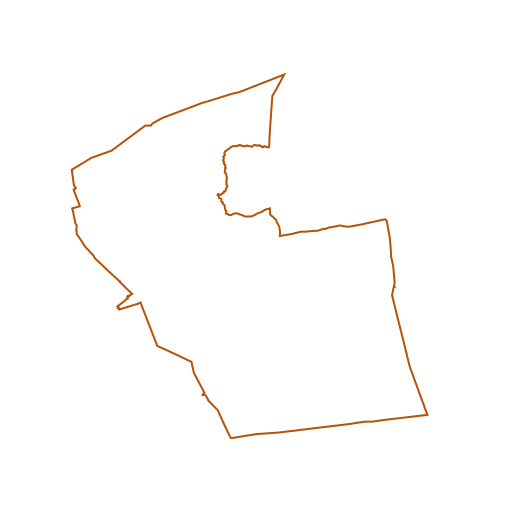 Åmot nor, Hedmark, Norway, rotated 100°
{"feature_id": "86288312B80993822941630", "entity_name": "Åmot nor", "entity_type": "district", "adm_level": 2, "iso_a3": "NOR", "parent_name": "Norway", "parent_adm1": "Hedmark", "projection": "orthographic", "projection_center": [11.34, 61.261], "detail": "fine", "context": "isolated", "style": "outline", "palette": "amber", "viewbox_px": 512, "rotation_deg": 100, "n_neighbors": 0, "source": "geoboundaries", "source_scale": "gbopen_adm2", "svg_char_len": 6039}
<svg xmlns="http://www.w3.org/2000/svg" viewBox="0 0 512 512"><g transform="rotate(100 256 256)"><path d="M203.0,452.4L216.5,448.1L216.8,447.9L217.2,447.9L217.9,447.4L218.2,447.4L218.4,447.1L219.1,446.6L219.6,446.2L219.9,445.8L220.0,445.5L220.3,445.2L220.9,445.3L221.5,446.2L221.9,447.0L222.0,447.1L223.2,446.7L225.2,445.4L228.6,443.5L232.7,440.9L234.2,440.0L235.3,439.3L237.6,438.2L241.1,445.3L244.7,443.6L246.3,443.1L248.2,442.3L250.0,441.4L250.8,441.4L251.3,441.2L252.0,440.6L252.7,440.3L254.5,440.0L254.9,439.8L256.7,438.1L257.9,437.7L260.6,437.6L262.0,437.5L263.1,436.8L265.4,436.4L270.2,431.7L273.8,428.4L276.7,425.5L277.8,424.3L279.5,421.6L280.0,421.3L280.8,420.3L281.9,418.9L283.0,417.0L283.8,416.2L286.3,414.2L290.7,407.4L295.2,400.6L296.8,398.2L298.0,396.3L300.5,392.4L303.5,387.7L304.3,386.5L304.5,385.9L304.8,386.1L305.0,386.1L305.9,384.7L306.7,383.3L309.0,380.1L314.5,372.0L314.8,371.4L315.3,371.9L315.9,372.8L316.3,373.0L316.9,373.5L317.1,373.5L318.0,374.4L317.4,375.2L318.3,375.8L318.9,375.7L320.1,374.9L320.4,375.0L320.4,375.5L320.8,375.9L321.9,377.0L322.1,377.1L322.5,377.1L323.3,377.8L329.7,383.7L330.7,382.2L331.5,382.9L332.5,381.4L324.2,365.4L324.0,364.4L323.6,364.2L321.9,361.5L325.2,359.7L332.0,355.6L361.7,337.6L363.6,330.0L365.7,322.1L367.3,316.2L368.0,313.7L370.0,306.4L370.6,304.5L370.7,303.9L371.4,301.2L381.9,296.9L392.0,289.0L392.6,288.6L396.8,285.2L399.7,283.1L400.1,283.5L402.2,284.6L402.4,284.5L402.4,284.3L402.3,284.1L401.8,283.4L401.7,282.5L401.9,281.4L402.7,280.8L404.2,279.4L404.9,279.1L405.4,278.5L405.6,278.5L405.9,278.2L406.3,278.1L406.7,277.7L414.6,266.8L426.1,259.0L437.6,250.8L439.3,249.5L439.6,249.1L438.7,245.8L434.9,235.2L432.3,227.3L431.3,224.6L425.9,203.0L422.3,191.1L421.5,188.3L421.4,187.9L421.2,187.1L421.1,186.9L419.8,183.1L418.4,178.2L418.0,176.6L417.5,175.4L413.7,162.8L413.6,162.2L412.7,159.6L411.3,154.8L409.9,150.3L409.5,148.9L409.4,148.5L409.1,147.7L408.8,146.3L408.4,145.1L408.1,144.2L407.6,142.8L407.2,141.2L405.9,137.1L405.7,136.6L405.5,135.9L405.5,135.6L405.0,134.1L404.2,131.9L400.3,120.3L399.0,113.0L395.0,100.8L382.7,59.6L375.3,64.0L374.2,64.5L360.8,72.4L360.2,72.6L357.4,74.4L355.3,75.5L352.3,77.3L341.3,83.6L338.8,85.1L327.3,90.3L326.3,90.6L323.4,92.0L319.8,93.5L292.3,105.8L271.0,115.2L262.9,115.0L262.6,114.7L262.2,114.0L261.6,114.5L261.4,114.9L258.4,114.8L243.7,118.7L241.2,119.5L233.3,122.8L231.6,123.1L222.2,125.4L214.6,127.5L198.7,133.3L197.4,135.3L206.6,157.6L211.0,169.4L211.3,171.6L211.5,174.1L211.4,176.1L211.2,178.1L212.7,182.0L213.5,184.1L214.3,186.0L214.9,187.5L215.4,189.5L215.7,189.9L216.3,190.8L217.0,192.1L217.6,193.0L217.5,193.4L217.5,194.5L217.9,195.2L218.4,195.8L219.6,198.2L219.9,198.6L220.6,200.2L220.7,201.0L221.2,202.9L221.3,203.6L221.3,204.1L221.8,205.2L222.3,207.8L223.1,209.9L223.8,213.4L224.1,215.3L225.0,217.8L225.8,219.3L226.3,220.8L227.0,222.3L227.4,222.8L228.1,224.6L232.0,235.5L232.1,236.1L229.1,236.3L228.1,236.6L227.3,236.7L225.8,237.3L222.9,238.3L219.0,241.5L217.0,242.4L214.2,246.7L213.9,247.3L213.5,248.0L212.5,249.4L206.7,250.6L208.3,254.0L209.0,255.3L210.5,256.9L212.1,258.9L213.8,262.0L214.7,263.1L216.1,264.7L216.8,265.7L217.4,266.7L217.9,267.7L218.0,268.4L218.4,270.4L218.8,272.0L218.9,273.3L218.9,274.2L218.7,274.8L218.1,277.1L217.7,280.0L217.5,280.3L217.4,280.9L217.4,282.9L217.7,284.3L218.0,284.9L218.5,285.9L219.7,287.1L220.0,287.8L220.2,288.5L220.2,289.7L220.1,290.4L219.7,291.0L219.5,291.8L219.4,292.5L219.5,292.8L218.3,293.0L217.4,292.9L217.0,293.0L216.7,293.2L216.4,293.9L216.0,294.2L214.6,294.8L214.1,294.9L213.8,295.0L213.0,295.3L211.5,295.8L211.1,296.1L210.6,297.3L210.3,297.6L210.1,297.8L209.3,297.9L209.0,298.0L208.9,298.2L208.8,299.1L208.3,299.6L207.6,299.8L206.6,299.8L205.9,300.2L205.7,300.5L205.5,300.9L205.3,301.8L205.3,302.4L204.2,303.0L202.5,304.5L202.4,304.5L201.9,303.9L201.5,303.9L201.4,303.7L201.8,303.2L202.0,302.0L202.0,301.9L201.7,301.1L201.5,300.9L201.3,300.7L200.8,300.6L200.5,300.4L199.9,299.8L199.5,299.1L199.1,298.8L198.7,298.6L198.3,298.8L197.9,298.7L197.7,298.6L197.6,297.8L197.5,297.5L197.3,297.3L195.4,297.3L194.9,297.0L193.7,296.9L192.7,296.3L192.1,296.2L191.7,296.4L191.2,297.3L190.7,297.6L190.3,297.7L189.5,297.5L188.9,297.5L187.5,298.4L186.8,298.1L185.9,298.0L185.1,298.1L184.6,298.4L183.8,298.3L183.2,298.5L181.6,299.4L180.6,299.5L180.1,299.7L179.8,300.0L179.4,300.9L179.3,301.1L178.7,301.4L178.1,301.5L176.4,301.3L175.0,301.7L174.8,301.6L174.7,301.3L174.5,301.1L173.5,301.8L172.5,301.8L171.9,302.3L171.5,302.2L171.3,302.3L171.0,302.8L170.9,302.9L170.8,303.4L170.5,303.6L170.4,303.8L169.7,304.0L169.1,303.7L168.7,303.8L168.3,304.1L168.0,304.7L167.6,305.1L167.3,305.1L166.3,304.7L166.1,304.6L165.6,304.5L164.3,305.4L164.0,305.4L163.8,305.2L163.6,304.9L162.6,304.8L162.4,304.5L162.2,304.2L161.4,304.4L161.1,304.6L160.2,305.0L158.7,304.8L158.5,304.5L157.5,303.9L157.2,303.2L156.5,302.6L155.9,302.4L155.4,302.0L154.9,301.2L154.3,300.5L153.7,300.0L152.7,299.3L152.3,298.5L152.0,298.1L151.7,297.4L151.7,297.2L151.7,296.8L151.4,296.0L151.3,295.3L151.0,294.5L151.1,293.7L150.8,293.3L150.3,293.0L150.2,292.6L150.2,292.0L149.7,291.6L149.4,291.1L149.4,290.7L149.6,290.3L150.1,289.7L150.1,289.4L150.1,289.2L149.7,288.5L149.8,288.1L150.0,287.0L150.0,286.8L149.9,286.4L149.9,286.1L149.7,285.7L149.3,285.2L148.9,284.8L148.8,284.2L148.8,283.9L149.1,283.5L149.1,283.2L148.9,282.6L149.0,281.9L148.8,281.1L149.2,279.1L149.0,278.8L147.3,277.4L146.9,276.3L146.8,276.0L146.8,275.7L147.1,275.1L147.2,274.4L146.9,274.1L146.7,273.7L146.8,273.1L146.6,272.7L146.5,272.4L146.8,271.8L146.5,271.6L146.4,271.3L146.8,271.0L146.8,270.4L146.9,269.9L147.3,269.2L147.6,268.8L147.8,268.2L147.7,268.1L147.3,267.7L146.8,267.5L146.4,267.0L146.3,266.7L146.3,266.1L146.7,265.7L146.9,263.7L146.9,263.4L146.6,262.5L146.6,262.1L140.4,262.7L137.9,263.2L124.2,264.7L95.5,267.7L88.6,265.1L72.4,259.8L97.8,301.4L98.3,302.8L100.4,307.8L112.3,330.8L114.5,335.5L130.4,362.2L136.1,371.9L143.4,381.0L145.8,382.1L146.8,387.7L177.4,416.6L188.0,435.3L198.6,447.3L202.5,451.8L203.0,452.4Z" fill="none" stroke="#b45309" stroke-width="2"/></g></svg>